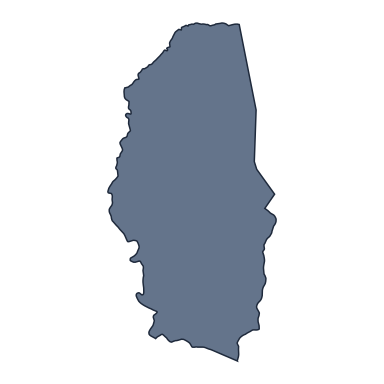 Aguanqueterique, La Paz, Honduras (Mercator projection)
{"feature_id": "27666195B50891803381013", "entity_name": "Aguanqueterique", "entity_type": "district", "adm_level": 2, "iso_a3": "HND", "parent_name": "Honduras", "parent_adm1": "La Paz", "projection": "mercator", "projection_center": [-87.66, 13.981], "detail": "fine", "context": "isolated", "style": "filled", "palette": "slate", "viewbox_px": 384, "rotation_deg": 0, "n_neighbors": 0, "source": "geoboundaries", "source_scale": "gbopen_adm2", "svg_char_len": 5990}
<svg xmlns="http://www.w3.org/2000/svg" viewBox="0 0 384 384"><path d="M124.8,87.9L124.2,89.7L124.0,91.7L124.4,96.8L124.8,98.0L125.5,99.0L126.4,99.8L128.7,101.2L129.0,101.5L128.9,104.8L128.5,106.9L128.5,108.0L128.7,108.6L129.0,109.0L129.6,109.6L130.2,109.9L130.5,110.3L130.8,110.9L131.0,111.7L131.1,113.5L131.0,113.8L130.8,114.0L130.6,114.1L130.3,114.1L129.3,113.8L128.1,113.5L127.6,113.5L127.1,113.5L126.6,113.8L126.1,114.1L125.8,114.6L125.6,115.2L125.8,116.0L126.3,116.8L126.9,117.4L127.6,117.8L128.1,118.1L128.5,118.6L128.8,119.2L128.9,120.0L128.7,121.5L128.6,123.7L130.2,129.5L130.4,130.7L130.2,131.0L128.3,132.8L127.8,133.5L127.6,134.0L127.1,136.1L126.7,136.8L125.8,137.4L123.7,138.1L122.8,138.7L122.2,139.4L120.6,141.4L120.2,142.1L120.0,142.5L120.0,143.2L120.2,144.1L122.3,148.6L122.5,149.5L122.5,150.2L122.3,150.9L120.4,153.7L120.1,154.9L119.9,156.1L119.6,156.8L119.4,157.0L118.9,157.3L117.2,157.9L117.0,158.0L116.9,158.3L117.0,160.4L117.3,161.8L117.3,163.0L116.6,165.8L115.9,167.2L115.8,168.1L116.0,168.7L117.0,169.6L117.2,170.0L117.4,170.4L117.6,171.8L118.0,175.7L118.0,176.1L117.5,176.9L116.4,178.3L115.1,179.7L113.1,181.4L112.4,182.3L111.7,183.7L110.0,186.2L108.8,188.3L107.9,191.4L108.0,192.3L108.2,192.6L108.4,192.9L111.3,193.5L111.7,194.0L112.0,194.7L112.2,195.3L112.3,196.2L112.3,197.0L112.1,199.2L112.2,200.6L112.5,202.3L112.4,203.6L112.1,204.6L111.7,205.5L110.3,207.4L109.8,208.3L109.4,209.0L109.2,209.8L109.3,211.8L109.7,213.0L110.5,214.6L111.1,216.1L111.3,216.9L111.4,218.0L111.5,218.5L111.9,219.8L112.3,220.8L113.0,221.5L116.3,225.3L118.1,227.1L119.8,229.3L123.8,233.6L124.9,235.6L126.7,239.8L127.2,240.8L127.6,241.5L127.9,241.6L128.2,241.7L129.1,241.6L132.3,240.6L133.2,240.3L134.7,240.4L136.1,240.7L136.8,241.0L137.2,241.5L138.0,243.1L138.8,245.2L139.1,246.6L139.0,248.0L137.5,251.5L137.1,252.7L136.9,253.1L135.8,254.5L134.4,255.8L133.5,256.4L130.6,258.1L130.3,258.6L130.2,259.6L130.2,260.3L130.4,260.5L130.6,260.8L132.4,261.7L133.7,262.2L134.4,262.2L135.3,262.2L139.0,261.1L139.5,261.1L140.0,261.2L140.7,262.0L141.5,263.7L143.1,265.9L143.3,266.6L143.4,267.8L143.0,270.6L143.5,274.2L143.7,275.6L143.2,277.9L143.0,280.3L143.0,282.1L143.3,285.0L143.7,287.9L143.8,292.4L143.6,293.4L143.4,294.1L143.1,294.5L142.7,294.8L142.1,294.8L141.5,294.7L140.4,293.7L139.3,292.9L138.6,292.8L137.8,293.0L137.0,293.4L136.4,294.2L136.2,295.1L136.3,296.1L136.7,297.1L137.3,298.5L138.7,301.1L139.7,302.2L141.0,303.4L142.9,304.7L144.7,305.8L149.0,308.0L151.4,309.0L153.2,310.0L156.4,311.3L156.9,311.6L157.1,312.0L157.0,312.5L156.6,313.0L155.7,313.9L154.0,315.1L153.7,315.4L153.5,315.9L153.3,316.7L153.3,317.4L154.2,320.3L154.3,320.8L154.1,321.6L153.3,324.5L152.9,325.6L152.4,326.3L151.4,327.7L150.3,329.3L149.6,330.5L149.2,331.4L149.0,331.9L148.9,332.8L149.0,333.6L149.1,334.2L149.7,335.0L151.0,336.0L154.9,338.1L155.6,338.6L157.4,336.8L160.0,335.4L160.9,334.7L161.7,334.4L162.3,334.3L163.3,334.9L165.3,336.8L166.4,337.7L167.2,338.7L167.4,339.2L168.4,340.3L169.7,341.5L171.2,342.1L171.9,342.0L173.2,341.4L174.6,340.9L175.7,340.6L176.7,340.6L179.0,340.0L181.5,339.2L183.7,339.4L186.2,340.7L188.0,341.8L189.6,343.0L190.4,344.2L191.9,346.8L192.7,347.2L194.4,347.2L195.5,347.0L196.5,346.9L197.5,347.1L202.8,347.1L203.9,347.2L205.3,347.6L208.5,348.9L210.9,349.6L237.4,361.0L237.3,360.7L237.4,360.2L238.4,356.7L238.6,355.4L238.7,354.3L238.5,349.3L238.6,346.4L238.3,345.7L237.8,344.8L237.4,343.9L237.2,343.4L237.2,342.8L237.6,341.8L239.6,338.2L241.2,336.6L242.9,335.4L243.8,334.9L245.3,334.3L247.4,332.9L250.1,331.5L252.2,330.2L252.7,330.0L253.3,329.9L254.5,329.9L256.2,330.0L257.7,329.8L258.8,329.4L259.0,329.2L259.2,328.9L259.2,328.5L259.1,325.7L258.1,321.7L258.0,319.6L258.1,318.2L259.0,315.5L259.1,314.6L259.3,313.6L259.3,313.0L259.1,312.4L256.8,308.2L256.6,307.1L256.6,306.3L256.9,305.2L257.6,303.6L258.6,302.3L259.8,301.1L260.4,300.4L261.1,299.3L261.7,297.9L262.2,295.7L262.4,290.0L262.8,288.4L263.3,287.0L264.8,284.4L265.3,283.3L265.7,281.4L265.9,279.0L265.9,278.3L265.7,277.6L264.9,275.5L264.1,274.2L263.9,272.9L263.5,268.5L263.5,267.1L263.7,265.5L264.5,261.1L264.5,260.0L264.3,258.2L263.8,255.5L262.7,252.1L262.7,251.8L262.9,251.4L264.1,249.7L264.3,249.3L264.4,248.5L264.1,246.9L264.0,245.5L264.0,244.9L264.1,244.4L264.4,244.0L264.8,243.5L266.3,240.0L267.0,238.9L267.8,238.0L268.9,237.1L269.8,236.2L271.5,233.3L271.7,232.8L272.0,231.2L273.4,226.8L273.8,225.8L274.6,224.8L275.2,223.8L275.7,222.6L276.0,221.5L276.1,219.7L276.0,218.8L275.5,217.6L274.8,216.3L273.9,215.2L273.2,214.7L270.4,213.1L269.2,211.9L267.8,210.6L264.8,208.4L274.6,194.2L256.7,169.3L254.3,161.6L256.1,110.0L239.2,24.5L237.2,24.1L234.6,24.2L232.3,24.7L228.7,25.7L227.6,25.1L226.3,24.1L225.5,23.7L223.8,23.2L221.9,23.0L220.1,23.4L215.8,24.0L215.5,24.1L215.0,24.6L214.1,24.9L212.3,25.3L211.1,25.7L210.3,25.8L209.7,25.7L208.1,24.7L207.6,24.5L206.4,24.6L204.8,24.2L203.3,24.0L202.5,24.0L201.6,24.2L201.3,24.2L198.4,23.5L197.8,23.2L196.1,23.1L195.6,23.2L194.6,23.6L193.6,24.3L191.9,24.1L190.1,24.6L189.4,24.7L188.9,24.8L188.7,24.9L188.0,26.0L186.2,25.4L185.9,25.4L185.4,25.6L184.6,26.2L181.8,27.3L181.6,27.5L181.5,27.8L181.4,29.6L181.3,29.9L180.2,29.8L179.0,29.4L178.7,29.4L175.8,31.7L175.3,32.2L174.9,32.8L173.0,36.5L172.3,38.3L170.5,40.9L169.8,42.3L169.6,43.0L169.6,43.5L170.0,46.7L169.0,47.2L167.6,47.6L167.1,47.9L166.8,48.3L166.8,48.6L167.3,49.2L167.6,49.8L167.6,50.1L167.4,50.4L167.1,50.7L166.6,50.7L165.8,50.5L165.1,50.1L164.8,50.1L164.4,50.3L163.6,51.2L162.9,52.5L160.7,54.9L160.0,55.8L157.6,58.2L156.1,59.8L153.6,62.0L152.5,63.4L151.8,64.1L151.1,64.5L149.9,64.7L149.1,64.9L148.4,65.7L147.9,66.6L147.6,66.9L145.0,68.5L144.2,68.8L143.5,68.7L143.0,68.8L142.3,69.2L141.7,70.4L140.5,72.0L140.0,72.5L138.8,73.2L138.2,74.1L138.1,74.7L138.1,75.4L138.5,77.0L138.9,78.5L138.9,79.0L138.3,79.3L136.9,79.4L136.2,79.6L135.6,80.0L134.9,80.6L134.0,81.6L132.8,83.4L132.0,84.4L131.7,84.7L131.0,85.0L130.2,85.5L129.4,86.1L128.5,86.9L128.0,87.1L126.1,87.6L125.0,87.9L124.8,87.9Z" fill="#64748b" stroke="#1e293b" stroke-width="1.5"/></svg>